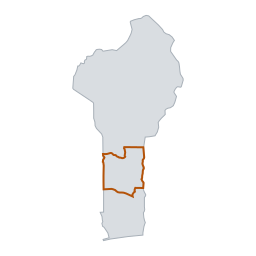 Collines highlighted on a map of Benin
{"feature_id": "BEN-2171", "entity_name": "Collines", "entity_type": "Department", "adm_level": 1, "iso_a3": "BEN", "parent_name": "Benin", "parent_adm1": "", "projection": "orthographic", "projection_center": [2.189, 8.101], "detail": "fine", "context": "in_parent", "style": "outline", "palette": "amber", "viewbox_px": 256, "rotation_deg": 0, "n_neighbors": 0, "source": "natural_earth", "source_scale": "10m", "svg_char_len": 3329}
<svg xmlns="http://www.w3.org/2000/svg" viewBox="0 0 256 256"><path d="M103.5,240.6L103.1,239.4L109.1,237.8L107.9,233.0L104.1,227.3L102.6,226.3L101.9,223.4L102.8,221.6L102.4,220.3L102.0,216.5L100.2,212.3L103.6,212.1L103.6,198.5L103.6,185.5L103.6,174.4L103.7,165.6L103.0,155.0L102.9,147.3L102.8,137.1L101.6,133.9L96.5,128.5L95.1,125.7L94.9,122.0L93.7,118.2L93.7,111.5L93.6,103.7L93.2,102.5L87.6,98.7L79.8,93.5L73.8,89.5L73.4,89.2L72.8,88.2L73.7,76.4L75.0,74.8L76.9,70.0L77.8,66.0L78.7,66.1L79.9,64.8L80.9,62.9L81.9,63.3L83.7,63.7L84.5,63.0L84.3,61.6L84.9,60.1L86.3,59.4L86.7,58.1L86.7,56.6L87.9,56.2L89.9,56.3L91.5,55.8L92.8,55.1L94.5,52.0L95.5,50.9L95.8,50.2L96.8,49.5L99.4,49.2L101.6,49.5L103.0,51.2L112.2,49.7L116.6,50.6L125.6,42.9L127.6,40.6L130.3,35.2L131.2,33.1L132.1,29.4L130.3,22.5L130.4,21.3L134.1,19.8L138.7,18.6L140.5,18.5L141.7,18.0L143.3,16.5L146.1,15.4L147.7,15.7L148.7,15.9L158.4,25.0L162.6,29.6L163.8,32.0L166.0,33.7L169.2,34.7L172.1,37.0L174.4,40.4L172.9,42.7L170.7,47.6L170.6,51.4L176.1,59.3L176.7,60.1L178.1,61.4L178.9,62.9L179.5,66.8L179.9,71.2L180.4,74.2L183.0,78.4L183.2,80.1L181.4,86.3L181.0,87.0L180.5,87.2L177.7,86.7L176.5,87.4L175.0,89.5L174.0,91.6L174.0,92.5L176.5,96.4L174.9,102.1L173.3,105.7L170.4,107.7L167.9,108.2L166.0,109.2L165.0,110.4L165.2,114.5L161.4,118.2L159.2,120.8L158.2,122.4L158.7,127.2L157.3,132.0L155.0,135.8L149.7,136.7L145.2,137.1L143.7,146.9L143.8,153.0L143.4,159.3L142.7,161.9L143.0,165.5L142.7,173.6L142.1,180.1L142.9,181.8L143.3,185.6L143.3,189.5L144.4,192.2L145.7,194.6L145.6,195.8L145.0,196.6L144.4,197.6L144.4,206.8L144.7,209.5L144.3,211.3L143.4,212.7L143.8,217.4L144.5,220.4L145.3,222.6L144.6,224.4L143.9,226.8L142.9,232.9L142.9,235.1L127.6,236.6L110.6,239.0L103.5,240.6Z" fill="#d9dde1" stroke="#a8b0b8" stroke-width="1"/><path d="M141.5,179.4L141.6,179.5L141.9,180.0L142.3,181.0L143.1,182.0L143.5,182.5L143.6,183.0L143.2,188.0L135.8,187.9L135.3,187.9L134.7,189.5L134.6,190.5L134.9,191.4L134.8,191.8L134.3,192.0L133.9,192.3L132.8,193.9L132.4,194.7L132.5,195.6L132.7,196.5L126.2,193.5L123.7,192.7L121.5,192.5L119.6,192.5L117.9,192.2L116.5,191.3L115.2,190.1L113.2,189.3L111.6,188.9L104.3,189.3L103.6,189.3L103.6,188.6L103.5,181.4L103.5,175.6L103.6,169.8L103.7,165.6L103.3,162.4L103.1,162.1L102.9,162.0L102.8,161.9L103.0,161.0L103.0,160.4L103.0,160.0L104.2,158.1L104.4,157.4L104.2,157.1L103.3,155.9L103.1,155.5L103.1,155.0L103.0,154.0L103.7,154.0L105.6,154.1L106.3,154.0L106.5,154.0L106.9,154.0L110.1,153.1L110.6,153.0L111.1,153.0L111.3,153.1L111.7,153.2L112.0,153.4L112.3,153.6L113.3,154.7L113.4,154.8L113.6,154.9L113.8,155.0L114.0,155.0L115.3,155.1L115.5,155.1L115.8,155.3L116.0,155.4L116.5,156.1L116.8,156.3L117.1,156.5L117.4,156.7L118.5,157.0L119.0,157.5L119.4,157.6L120.3,157.6L120.7,157.7L121.7,158.0L121.9,158.1L122.2,158.1L123.0,158.1L123.6,157.9L124.1,157.7L124.4,157.5L124.9,157.1L125.2,156.7L125.0,156.4L124.7,155.6L125.2,152.4L124.6,149.2L124.3,148.7L124.0,148.2L124.3,147.1L143.3,147.3L144.1,156.2L144.2,157.3L143.9,158.5L143.6,158.9L142.9,159.7L142.7,160.2L142.7,160.5L142.8,161.2L142.8,161.5L142.5,163.0L142.4,163.7L142.6,164.6L142.9,165.4L143.6,166.9L143.8,167.7L143.8,168.5L143.5,169.2L143.1,169.8L142.9,170.4L142.8,171.1L142.7,173.3L142.2,175.6L142.1,177.9L142.0,178.2L141.6,178.9L141.5,179.2L141.5,179.4Z" fill="none" stroke="#b45309" stroke-width="2"/></svg>